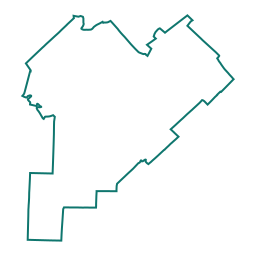 outline of Valea Argovei, Calarasi, Romania
{"feature_id": "2599482B75738828080552", "entity_name": "Valea Argovei", "entity_type": "district", "adm_level": 2, "iso_a3": "ROU", "parent_name": "Romania", "parent_adm1": "Calarasi", "projection": "robinson", "projection_center": [26.781, 44.353], "detail": "fine", "context": "isolated", "style": "outline", "palette": "teal", "viewbox_px": 256, "rotation_deg": 0, "n_neighbors": 0, "source": "geoboundaries", "source_scale": "gbopen_adm2", "svg_char_len": 3804}
<svg xmlns="http://www.w3.org/2000/svg" viewBox="0 0 256 256"><path d="M50.1,240.4L61.3,240.6L61.6,233.8L61.9,228.5L62.5,219.8L63.2,209.1L64.0,207.4L78.7,207.5L83.3,207.6L85.1,207.5L90.4,207.6L96.0,207.6L96.1,205.8L96.1,204.3L96.1,203.9L96.4,195.5L96.5,193.7L96.6,191.5L96.6,191.3L96.6,191.1L116.5,191.2L116.5,189.3L116.6,187.1L116.7,185.6L116.8,185.2L117.1,183.7L128.0,173.4L133.0,168.8L138.4,163.1L139.3,162.8L139.7,162.5L140.3,161.5L140.5,161.0L140.8,160.6L141.0,160.4L141.4,160.5L141.7,161.3L142.0,161.4L142.4,161.3L142.9,161.2L143.5,160.8L144.2,160.2L144.8,159.8L145.3,159.6L145.6,159.6L145.8,159.7L145.8,160.0L145.7,160.6L145.6,161.1L145.8,161.8L146.3,162.4L147.1,163.2L148.4,164.1L149.4,163.2L150.4,162.4L150.9,162.0L152.6,160.4L154.9,158.4L157.0,156.5L161.3,152.5L164.1,149.9L164.5,149.8L165.0,149.2L167.3,147.0L168.4,146.0L169.6,144.8L169.7,144.7L169.8,144.6L170.1,144.3L170.7,143.7L171.2,143.3L171.8,142.8L173.1,141.6L174.8,140.1L175.6,139.4L177.0,138.1L178.5,136.7L170.7,129.3L175.6,124.9L177.2,123.4L179.7,121.1L181.1,119.8L182.7,118.4L187.0,114.3L189.7,111.9L190.8,110.9L192.3,109.6L192.9,109.0L196.4,105.8L196.7,105.5L197.7,104.6L198.3,104.0L199.0,103.4L200.1,102.3L202.1,100.1L203.1,100.4L204.3,101.2L207.6,104.6L211.3,100.9L215.0,97.0L217.1,95.1L217.0,94.9L218.4,93.5L220.3,91.7L220.7,92.0L220.9,92.0L221.0,92.0L223.6,89.4L232.9,79.9L233.6,79.2L233.3,78.9L233.1,78.7L232.3,77.7L231.5,76.8L230.0,75.2L229.1,74.2L228.7,73.7L228.3,73.2L227.2,72.0L224.8,69.4L224.0,68.4L223.0,67.0L222.0,65.6L221.1,64.3L220.5,63.3L219.0,61.3L218.6,60.7L218.0,59.4L217.4,58.7L217.2,58.4L217.3,58.2L217.7,57.7L218.3,57.2L218.7,56.6L219.2,55.9L219.2,55.6L217.0,53.4L215.9,52.3L213.9,50.5L202.5,40.1L200.8,38.4L199.5,37.2L187.4,25.8L190.3,22.0L190.8,21.5L191.1,21.2L192.5,20.3L187.4,15.4L167.1,31.0L165.0,32.7L164.9,32.6L160.4,28.8L160.1,28.5L159.9,28.4L159.5,28.4L157.9,29.4L155.5,32.1L154.5,34.0L154.2,35.0L153.7,36.5L155.8,38.6L151.9,41.4L147.0,44.8L151.3,48.7L149.1,52.9L147.5,55.9L145.8,54.6L145.5,54.0L144.3,53.9L143.3,54.1L139.9,52.8L138.6,52.2L135.3,48.9L132.1,45.5L130.9,44.2L124.6,36.9L122.6,34.8L120.7,32.7L119.8,31.6L118.8,30.4L117.8,29.0L112.1,22.6L110.5,20.9L109.5,21.4L108.6,21.9L107.7,22.3L107.0,22.4L106.2,22.5L105.8,22.5L105.2,22.5L104.3,22.5L103.2,22.8L102.6,21.8L99.9,23.3L96.5,25.0L94.7,26.3L93.9,26.9L92.8,28.2L92.3,28.8L90.9,29.6L87.9,29.8L86.4,29.7L85.3,29.8L83.8,29.8L82.3,29.4L81.8,29.0L81.4,28.7L81.4,28.3L81.8,27.7L82.2,27.2L83.0,26.0L83.6,24.5L83.7,23.8L83.5,23.0L83.4,22.5L83.4,21.6L83.4,18.5L83.1,17.4L82.9,16.8L80.6,16.0L78.5,16.7L75.0,16.1L73.6,15.8L73.8,17.9L73.9,18.2L73.3,18.7L72.6,19.4L68.5,23.2L66.7,24.9L66.7,25.0L65.0,26.6L61.4,30.0L59.6,31.8L59.0,32.4L57.7,33.6L54.8,36.2L49.6,41.0L46.4,43.9L43.3,46.9L43.0,47.1L31.8,57.7L25.9,63.4L30.6,70.2L30.7,70.4L30.7,70.6L30.6,71.4L30.1,71.3L27.8,80.1L24.8,91.5L24.2,93.5L24.0,93.9L23.9,94.0L23.2,95.0L22.4,95.9L24.1,96.8L25.7,97.4L26.2,97.5L26.6,97.5L26.8,97.4L27.8,96.1L29.7,95.4L30.4,95.4L31.1,95.7L31.1,96.4L28.6,98.7L28.3,98.8L28.1,99.1L27.9,99.4L28.0,99.8L28.3,100.3L29.0,101.1L30.0,102.0L30.2,102.5L30.2,103.1L30.0,104.3L30.0,104.5L36.0,105.9L36.7,105.5L37.1,104.9L37.0,104.1L37.3,103.8L37.9,104.0L38.3,104.3L38.9,104.9L40.2,106.3L41.1,106.6L41.2,106.9L41.1,107.0L40.7,107.1L40.1,107.2L39.5,107.3L38.7,107.2L37.8,107.2L37.4,107.3L36.9,107.5L36.7,107.9L36.7,108.2L37.3,109.6L37.5,110.0L38.6,111.3L39.8,113.1L41.0,115.2L42.8,118.3L43.7,118.9L45.0,116.8L45.7,116.6L47.0,116.6L48.6,116.5L49.9,116.3L51.2,115.9L53.1,115.2L54.8,116.8L54.1,121.5L54.0,125.5L53.9,134.2L53.8,137.7L53.6,144.7L53.3,153.8L52.9,165.7L52.6,173.5L30.1,173.0L29.9,179.0L29.6,185.0L29.4,189.2L29.2,192.6L29.1,197.8L28.9,201.8L28.6,205.9L28.6,206.5L28.4,209.5L28.3,216.0L27.7,239.8L34.9,240.0L50.1,240.4Z" fill="none" stroke="#0f766e" stroke-width="2"/></svg>